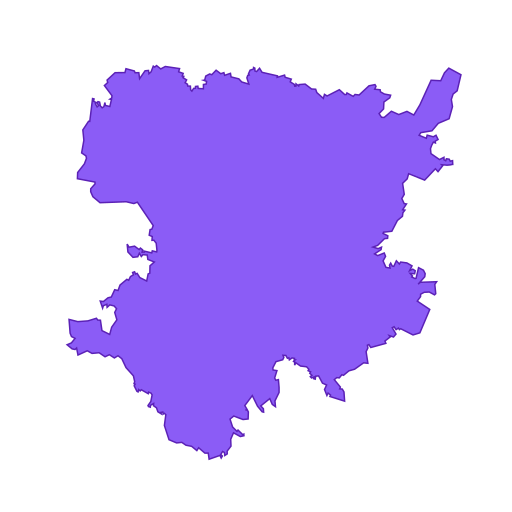 outline of Álamo Temapache, Veracruz, Mexico, rotated 186°
{"feature_id": "50627088B22684914859278", "entity_name": "Álamo Temapache", "entity_type": "district", "adm_level": 2, "iso_a3": "MEX", "parent_name": "Mexico", "parent_adm1": "Veracruz", "projection": "robinson", "projection_center": [-97.719, 20.991], "detail": "fine", "context": "isolated", "style": "filled", "palette": "violet", "viewbox_px": 512, "rotation_deg": 186, "n_neighbors": 0, "source": "geoboundaries", "source_scale": "gbopen_adm2", "svg_char_len": 6058}
<svg xmlns="http://www.w3.org/2000/svg" viewBox="0 0 512 512"><g transform="rotate(186 256 256)"><path d="M225.1,432.1L231.1,431.0L231.3,429.6L234.2,431.4L234.1,429.1L235.2,428.9L235.9,430.7L240.2,432.8L239.4,435.6L245.7,436.8L246.5,438.9L253.6,435.9L253.5,437.4L269.2,439.3L272.1,443.1L274.7,439.5L276.4,439.9L276.8,442.7L278.1,443.2L278.0,441.7L281.3,440.2L282.5,436.5L281.7,435.3L283.1,434.8L283.7,432.2L281.1,426.2L288.4,427.6L291.6,430.4L299.5,431.5L300.5,435.0L306.1,432.4L307.1,435.0L310.1,433.6L315.1,436.6L318.9,431.7L321.1,432.2L324.8,429.7L325.4,425.6L326.5,425.3L323.4,424.5L323.5,421.8L326.2,421.1L325.8,416.8L331.0,416.6L331.6,418.8L333.9,418.3L333.8,416.4L335.5,416.2L337.0,413.3L338.4,414.5L339.0,418.1L341.7,417.9L342.1,419.7L344.6,420.9L343.4,423.9L347.2,425.7L346.6,427.1L348.2,427.3L347.5,430.0L352.2,431.1L351.6,434.4L366.0,435.0L370.3,432.1L374.8,435.0L376.5,433.3L378.0,434.1L379.6,428.2L381.5,426.1L382.3,429.3L385.7,428.6L390.3,420.2L391.7,426.1L395.4,425.6L396.3,427.3L404.9,428.7L405.5,424.7L415.3,423.6L422.5,415.4L421.6,413.0L424.6,409.7L416.0,400.4L416.0,398.0L417.7,396.7L416.1,396.5L417.0,389.4L421.5,390.0L422.3,392.8L422.9,388.6L424.5,387.3L426.5,389.0L427.6,392.7L429.3,393.0L430.2,391.7L428.2,389.2L429.6,387.7L431.7,390.7L431.1,392.0L433.6,392.8L433.5,395.3L435.0,395.5L435.4,372.5L436.6,372.5L441.4,363.3L439.3,353.1L440.2,340.3L435.6,337.8L434.8,335.5L436.3,329.7L442.1,320.4L441.7,314.2L423.9,312.7L423.6,310.9L427.4,305.6L427.1,302.6L424.4,297.9L416.7,292.7L390.8,296.4L383.0,295.4L379.6,297.1L361.4,275.5L362.4,271.8L364.1,271.2L364.4,265.5L361.2,264.5L361.1,260.7L359.2,261.0L356.6,258.3L355.1,251.2L355.2,249.7L359.7,250.3L360.0,248.2L367.8,249.2L367.5,248.2L369.7,247.9L369.4,250.3L371.8,251.8L372.9,250.2L377.8,253.1L383.2,251.5L385.4,254.4L383.8,246.6L378.2,241.8L373.5,242.9L372.3,246.6L370.0,243.5L368.6,245.5L364.3,245.6L363.2,241.3L356.5,239.4L360.4,235.2L359.8,227.8L361.4,226.9L362.1,219.7L369.3,222.4L372.4,226.3L373.9,225.5L375.1,227.6L377.0,226.7L375.9,224.5L378.7,222.4L380.1,218.6L382.0,219.3L388.2,212.9L389.6,207.3L393.0,207.7L395.6,200.1L398.8,199.0L403.0,194.8L406.2,194.9L403.1,188.1L402.6,190.6L399.3,192.4L398.7,189.4L396.3,192.1L391.9,191.5L389.2,189.0L390.6,185.1L387.7,178.0L392.1,170.1L393.3,162.7L401.4,165.7L404.0,175.9L406.6,175.7L408.2,177.4L416.4,173.9L426.4,172.1L435.3,173.4L432.8,159.8L431.1,156.6L427.3,155.2L430.5,150.3L434.6,148.0L429.2,144.4L426.2,144.1L424.8,145.7L422.7,138.9L413.9,144.1L408.9,142.0L401.9,143.4L395.6,140.0L391.5,142.5L386.2,139.8L382.8,142.4L378.7,139.8L373.6,131.4L365.4,124.0L363.5,118.3L364.0,116.3L362.8,115.9L363.6,114.2L360.3,109.0L359.1,108.5L358.7,110.9L357.1,109.7L356.1,111.0L348.8,107.8L348.6,109.4L346.0,108.6L344.8,107.0L345.4,100.3L347.8,96.0L347.2,95.0L345.3,94.6L345.3,96.5L342.4,98.6L342.3,96.4L339.1,94.6L337.3,90.8L333.7,89.1L334.3,90.5L332.4,91.1L331.8,89.1L330.8,90.0L329.1,88.8L329.4,77.9L323.3,64.2L315.4,61.8L310.3,62.9L305.9,60.5L300.1,60.0L294.5,56.3L293.0,59.3L286.2,54.6L282.9,55.0L281.4,49.0L271.0,53.9L269.5,51.4L268.5,53.6L270.3,54.9L268.8,58.1L266.9,57.3L266.2,54.3L263.9,56.2L264.3,58.9L261.0,64.3L262.0,71.1L259.9,77.8L252.7,74.8L249.2,76.0L249.5,77.6L250.4,76.9L255.7,81.0L256.6,79.6L261.4,83.5L264.8,91.1L261.4,94.5L251.8,92.0L246.8,93.1L247.3,100.1L248.5,102.0L250.3,101.6L249.0,102.7L251.5,106.1L245.1,116.8L238.8,106.8L233.6,101.7L232.1,101.5L232.7,104.9L235.6,107.4L227.4,115.6L224.3,110.1L220.9,108.2L222.0,113.9L218.8,122.7L219.3,127.6L220.8,135.4L223.3,134.5L224.7,136.6L223.2,144.2L227.1,144.4L227.6,146.5L225.1,153.0L218.6,155.6L217.7,158.0L218.8,160.1L215.9,160.2L214.1,157.6L212.7,158.2L212.0,156.2L209.5,158.4L207.0,158.2L207.2,156.5L206.3,156.7L207.6,155.0L206.4,154.6L206.2,151.5L205.1,153.9L200.2,151.2L194.1,151.1L191.6,148.9L192.2,147.4L189.6,146.5L190.3,145.0L187.9,143.2L189.4,141.7L188.0,140.5L185.7,141.7L185.8,140.0L184.2,139.7L184.1,142.7L181.2,143.3L176.6,136.5L172.3,135.1L173.9,130.4L170.9,124.7L170.0,127.2L167.3,125.5L167.8,124.0L152.7,120.9L154.3,130.0L156.3,132.7L158.9,132.6L158.4,134.5L165.2,141.2L163.0,143.5L160.4,143.5L158.2,146.9L156.5,146.5L151.6,151.5L146.1,153.7L137.8,161.0L133.5,161.0L136.5,172.4L135.1,176.2L135.9,178.9L134.5,179.7L132.3,177.0L117.7,182.7L118.9,184.9L114.1,189.5L115.2,190.8L110.8,189.8L108.6,193.0L113.0,198.9L111.3,200.1L109.0,197.4L106.8,199.2L105.7,197.8L104.5,198.8L91.6,193.9L85.0,196.7L77.6,221.0L90.9,228.0L88.1,232.8L88.3,235.2L84.9,237.5L79.9,238.3L74.4,236.0L73.3,237.3L75.2,246.4L73.7,249.3L89.9,247.0L91.8,244.9L86.0,253.0L85.9,256.1L88.0,259.4L93.1,261.4L94.5,250.5L95.5,250.2L98.9,251.4L98.3,252.5L100.9,254.8L96.4,254.9L96.1,258.0L98.7,259.3L101.7,257.5L99.8,262.5L105.2,264.9L111.5,265.1L112.6,263.0L115.9,265.9L117.9,260.1L119.4,260.2L121.3,263.0L122.3,260.8L121.4,258.0L125.6,258.3L129.1,264.4L127.1,269.2L128.8,272.4L135.0,269.1L138.3,270.5L132.3,275.4L132.1,277.9L135.3,276.1L140.6,277.1L136.1,279.3L130.0,286.7L127.0,287.3L127.0,289.9L132.0,291.7L131.7,293.0L123.5,294.8L119.1,306.1L114.5,310.8L114.4,314.4L112.7,317.2L115.0,317.3L111.8,323.5L114.1,323.6L117.0,328.4L115.0,332.8L117.8,343.6L113.7,348.5L112.8,353.8L96.2,349.1L86.7,361.5L83.8,358.9L79.7,365.4L80.8,366.2L75.5,366.3L72.4,366.9L70.0,367.7L69.9,367.7L70.5,371.4L72.7,370.6L74.0,372.5L76.8,372.6L77.3,370.6L79.1,371.4L79.4,373.8L83.6,371.1L92.7,376.1L93.7,381.0L92.8,384.6L91.5,387.8L89.4,387.2L89.8,388.9L87.1,390.9L89.6,394.9L92.1,393.1L98.4,394.1L98.9,390.9L106.4,393.1L105.0,395.9L94.1,398.9L88.6,407.0L78.3,412.7L76.2,425.1L78.1,432.1L76.9,437.7L73.2,441.3L71.1,457.7L83.9,463.0L87.7,457.9L90.6,449.6L100.2,449.1L108.8,423.5L113.8,412.7L121.0,415.6L128.8,411.6L136.5,414.1L143.0,407.2L145.7,407.1L148.5,410.5L144.5,415.6L144.9,422.5L139.5,427.3L138.9,430.0L145.3,430.5L149.4,432.3L149.9,434.3L155.4,434.3L154.4,437.3L155.6,438.9L161.4,437.1L170.3,426.9L174.4,427.0L176.0,424.9L182.6,427.7L183.0,426.1L184.6,425.8L190.5,430.1L202.0,422.6L204.8,423.9L205.5,419.8L212.6,424.9L214.1,428.1L218.2,427.9L225.1,432.1Z" fill="#8b5cf6" stroke="#5b21b6" stroke-width="1.5"/></g></svg>